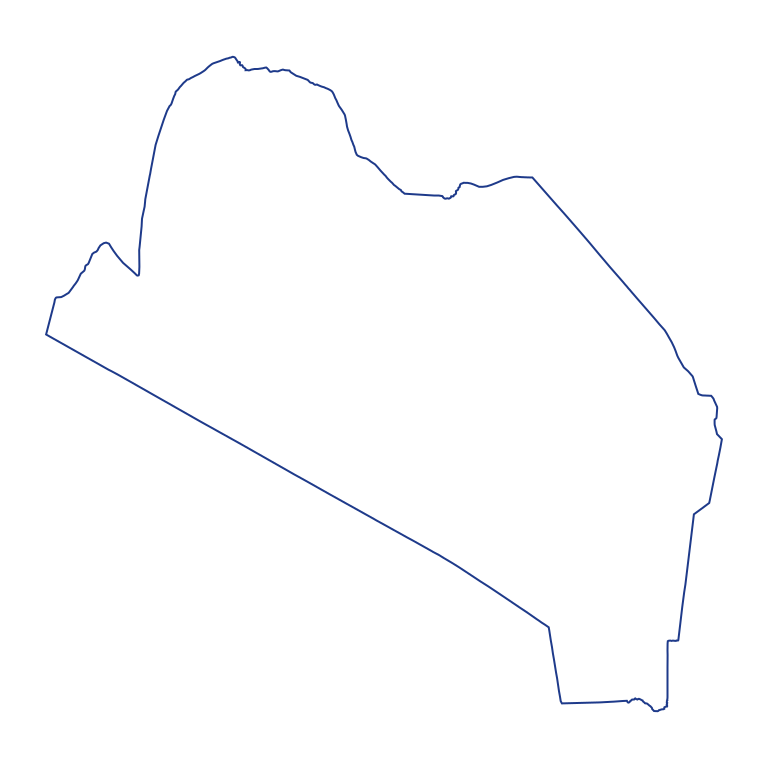 the district of Kajiado South, Rift Valley, Kenya
{"feature_id": "3690345B92214929535535", "entity_name": "Kajiado South", "entity_type": "district", "adm_level": 2, "iso_a3": "KEN", "parent_name": "Kenya", "parent_adm1": "Rift Valley", "projection": "mercator", "projection_center": [37.518, -2.686], "detail": "fine", "context": "isolated", "style": "outline", "palette": "blue", "viewbox_px": 768, "rotation_deg": 0, "n_neighbors": 0, "source": "geoboundaries", "source_scale": "gbopen_adm2", "svg_char_len": 5966}
<svg xmlns="http://www.w3.org/2000/svg" viewBox="0 0 768 768"><path d="M46.1,334.5L108.5,369.7L111.3,371.1L118.9,375.2L200.9,421.8L242.0,444.7L254.3,451.7L294.0,474.3L304.7,480.2L329.7,494.3L374.0,519.0L376.2,520.3L388.0,526.8L393.7,530.0L399.7,533.3L407.4,537.6L411.7,539.9L432.4,551.5L433.0,551.9L439.1,555.1L443.9,558.1L451.7,562.7L458.3,566.8L465.3,571.4L480.4,581.4L488.6,586.6L501.6,595.3L519.2,607.2L527.6,612.8L536.3,618.9L539.0,620.7L541.5,622.5L545.1,624.8L548.7,627.3L549.3,630.6L550.8,640.4L552.0,647.2L552.9,653.4L554.0,659.7L556.1,672.8L557.1,678.3L559.0,691.2L560.0,696.7L560.7,701.1L561.9,703.4L599.9,702.4L614.5,701.6L622.7,701.0L626.9,700.8L627.3,701.7L628.0,702.5L628.6,702.6L629.1,702.4L629.6,702.0L630.1,701.2L630.8,700.6L631.3,700.5L631.8,699.7L632.6,699.5L634.1,699.5L634.6,698.9L635.2,698.4L635.7,698.7L636.1,699.1L636.6,699.2L637.3,699.5L637.8,699.1L638.3,699.1L638.9,698.8L640.4,699.4L641.8,700.2L642.6,700.5L642.8,701.1L643.2,701.6L644.6,702.7L644.9,703.2L645.6,703.4L646.2,703.4L646.9,703.5L648.0,704.3L649.3,705.5L650.5,706.3L650.9,706.8L651.8,707.7L652.0,708.2L652.2,709.1L653.4,710.3L654.0,711.0L655.4,711.1L656.3,711.1L657.6,711.2L658.3,710.9L658.9,710.2L659.7,710.1L660.1,709.8L660.7,709.7L661.5,709.4L663.6,709.2L664.3,708.8L664.2,708.1L664.4,707.3L666.1,706.5L666.9,706.6L667.2,706.1L667.1,705.5L666.7,704.7L667.1,704.0L666.9,703.5L667.2,702.9L666.8,702.5L666.9,701.6L666.9,700.9L667.4,700.2L667.2,699.7L667.4,698.7L667.5,697.3L667.5,668.5L667.6,655.1L667.5,650.4L667.6,643.5L667.8,641.2L668.4,640.8L669.9,640.6L670.4,640.6L671.5,640.9L672.9,640.6L674.4,640.8L675.9,640.9L676.4,640.5L676.9,640.6L678.2,640.4L678.4,639.6L682.3,606.6L684.2,592.2L685.4,584.5L686.6,574.6L693.2,520.2L693.9,514.3L709.2,503.0L709.7,500.8L714.3,477.7L717.3,463.2L717.7,460.7L718.8,455.6L720.4,447.6L721.9,439.2L717.0,434.1L716.4,431.4L714.7,425.0L714.6,423.2L714.6,420.4L714.7,419.5L715.9,418.6L716.4,418.0L716.6,416.6L716.8,413.7L717.2,408.3L717.1,406.9L714.2,400.6L713.5,398.7L712.6,397.5L711.2,395.8L702.2,395.4L700.4,394.8L698.3,393.9L697.7,392.0L695.7,385.9L693.8,379.9L692.9,377.0L692.5,376.2L688.1,371.2L683.8,367.4L678.4,358.0L677.3,355.7L675.5,350.7L674.1,347.2L671.7,342.2L669.1,337.7L666.8,333.6L664.7,330.2L659.4,324.3L654.1,318.0L636.8,298.1L633.2,293.9L632.3,292.9L629.8,289.9L628.5,288.5L626.8,286.4L625.1,284.5L623.1,282.1L610.0,267.1L598.8,253.9L589.7,243.0L578.7,230.2L565.2,214.7L556.9,205.4L532.4,177.5L527.7,177.4L521.0,177.1L516.8,176.7L514.0,176.9L508.7,178.2L503.1,179.9L497.5,182.4L491.3,184.9L486.9,186.3L482.8,186.8L479.1,186.8L474.0,184.6L470.9,183.5L467.7,182.9L463.5,182.8L463.1,183.1L462.6,183.2L462.0,183.5L461.2,183.7L460.3,184.4L460.0,185.2L459.6,187.1L458.8,187.5L458.4,187.9L458.4,188.7L458.1,189.5L457.6,190.1L456.2,190.8L455.9,191.3L456.1,193.0L455.8,193.9L455.4,194.3L454.5,194.6L453.9,195.1L453.7,195.8L453.4,196.3L452.6,196.4L451.9,196.2L451.1,196.4L451.0,197.2L450.5,197.8L449.0,198.6L448.5,198.6L447.7,198.3L447.0,198.3L445.7,198.7L445.0,198.6L444.5,198.5L443.4,197.6L442.9,197.1L442.8,196.6L442.3,196.1L438.6,195.5L433.6,195.5L404.6,193.7L402.7,192.1L402.0,191.7L401.5,191.3L401.0,190.2L400.5,189.8L399.3,189.2L395.2,185.8L394.0,185.0L392.0,182.7L390.9,181.8L388.3,179.2L387.0,177.8L385.5,175.8L384.4,174.8L380.6,170.7L377.8,167.4L375.4,164.7L374.7,164.1L373.4,163.3L370.7,161.5L368.9,160.0L366.5,158.5L365.7,158.3L363.6,158.0L361.2,157.2L358.0,155.8L356.7,154.7L356.3,153.6L355.6,152.1L355.1,150.3L354.2,146.6L353.4,144.9L352.3,141.8L351.5,140.1L351.0,138.5L350.5,136.8L349.4,133.7L348.1,130.4L347.1,126.9L346.8,125.3L346.7,124.4L345.8,119.4L345.4,117.5L345.1,116.0L344.9,115.3L344.6,114.5L341.9,110.1L341.0,108.8L339.4,106.6L338.8,105.7L337.9,103.7L337.1,101.9L336.4,100.2L335.3,98.2L333.9,94.7L333.5,93.9L332.7,92.4L331.8,91.2L330.4,90.2L328.7,89.3L328.1,89.0L327.2,88.6L325.8,88.1L324.2,87.3L321.7,86.6L319.9,85.9L317.7,84.9L317.0,84.5L316.1,84.7L315.4,84.8L314.8,84.7L313.8,84.1L313.2,83.4L312.5,83.0L310.8,82.7L310.3,82.5L309.8,82.1L307.7,79.9L300.0,76.9L296.3,75.8L290.7,72.2L289.4,70.5L285.2,70.2L283.9,69.9L283.0,69.6L282.4,69.7L280.8,70.2L278.2,71.3L277.5,71.4L274.8,71.1L273.1,71.2L272.4,71.4L271.7,71.7L270.8,71.8L270.3,71.8L269.9,71.5L269.4,71.0L268.5,69.7L266.8,67.9L266.2,67.5L264.9,67.7L262.7,68.3L261.8,68.4L260.5,68.6L258.5,68.9L257.3,69.0L255.4,69.0L254.5,69.0L251.8,69.5L251.0,69.7L250.2,70.1L249.4,70.3L248.9,70.4L248.1,70.3L247.4,70.1L245.6,70.2L245.7,69.3L245.4,68.7L244.3,67.8L243.5,67.4L243.0,67.0L242.5,65.6L242.1,65.2L240.4,65.3L240.0,64.8L239.8,64.1L240.0,62.5L239.7,62.0L239.1,62.0L238.7,62.5L238.0,62.6L237.7,62.0L237.6,61.4L237.3,60.9L236.2,59.4L235.5,58.2L234.9,57.5L234.1,57.1L232.9,56.8L232.3,56.9L231.5,57.3L230.6,57.6L229.7,57.7L228.3,58.3L226.2,58.7L224.6,59.3L223.9,59.5L222.3,60.1L219.9,61.1L213.7,63.2L212.3,63.8L211.2,64.6L209.3,66.1L207.8,67.4L205.2,70.0L203.7,71.1L200.6,73.1L199.2,73.9L194.8,76.0L192.8,77.1L191.1,77.9L189.0,79.2L188.4,79.4L187.3,79.6L186.8,79.9L185.3,81.4L184.0,82.5L183.3,83.2L181.0,85.9L179.9,87.0L178.0,89.6L175.9,91.5L175.6,92.0L175.3,93.6L175.1,94.3L174.2,96.0L173.0,99.2L171.5,103.6L170.8,104.9L170.2,105.5L169.6,106.0L167.0,110.9L163.8,119.6L158.4,135.9L155.6,144.9L151.0,169.0L150.1,174.2L149.8,175.4L145.3,199.2L145.1,201.6L144.6,206.7L143.5,211.7L142.0,218.8L141.6,226.5L139.6,246.8L139.2,250.0L139.4,266.8L139.1,273.6L138.9,274.6L138.7,275.3L137.8,275.6L136.9,275.4L134.7,273.2L130.8,269.6L123.0,262.8L117.1,255.8L113.6,251.0L111.1,247.2L109.0,243.7L106.1,242.6L103.7,243.2L100.4,245.4L98.6,248.1L97.7,250.1L96.4,251.6L93.9,252.7L92.3,254.0L88.7,262.9L88.0,264.1L87.3,264.6L86.6,264.9L86.2,265.2L85.5,265.9L85.2,266.8L85.0,268.3L84.8,269.4L84.3,270.7L80.8,273.7L79.5,276.5L77.9,280.0L77.1,281.3L75.6,283.5L73.7,285.9L73.0,287.0L69.0,292.4L68.6,292.9L68.1,293.2L66.9,293.9L64.0,295.7L61.6,296.9L61.1,297.1L56.7,297.4L56.0,297.7L55.6,298.2L55.2,299.0L54.9,299.6L54.4,302.4L46.1,334.5Z" fill="none" stroke="#1e3a8a" stroke-width="2"/></svg>